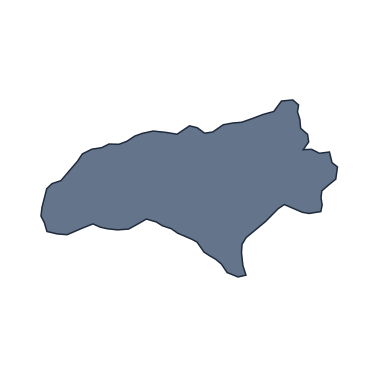 the district of Canitar, São Paulo, Brazil, rotated 51°
{"feature_id": "56859067B3303827607689", "entity_name": "Canitar", "entity_type": "district", "adm_level": 2, "iso_a3": "BRA", "parent_name": "Brazil", "parent_adm1": "São Paulo", "projection": "natural_earth1", "projection_center": [-49.789, -23.022], "detail": "fine", "context": "isolated", "style": "filled", "palette": "slate", "viewbox_px": 384, "rotation_deg": 51, "n_neighbors": 0, "source": "geoboundaries", "source_scale": "gbopen_adm2", "svg_char_len": 1138}
<svg xmlns="http://www.w3.org/2000/svg" viewBox="0 0 384 384"><g transform="rotate(51 192 192)"><path d="M247.4,60.0L242.1,68.6L234.1,72.2L229.1,78.9L226.5,69.8L219.9,65.9L210.9,67.5L203.3,62.4L196.1,59.6L191.5,54.4L183.9,55.7L177.6,65.2L180.9,77.8L176.6,87.6L172.3,100.5L169.0,109.6L164.1,116.8L159.4,125.4L158.4,138.2L154.2,145.2L145.3,147.5L139.0,152.3L137.7,167.2L129.3,174.7L120.2,183.8L115.2,193.6L112.5,201.4L111.6,210.7L108.9,218.8L102.5,226.3L100.7,234.3L95.7,242.9L93.4,253.2L96.1,261.8L98.0,272.4L100.7,286.7L97.4,295.5L98.0,302.8L109.5,318.2L115.6,324.5L122.8,326.0L131.4,329.6L139.9,323.0L146.6,315.9L150.9,300.5L154.5,289.0L161.5,285.5L167.0,281.2L174.6,273.7L180.9,264.6L182.9,253.5L184.3,244.5L192.8,238.6L199.5,236.3L207.7,231.1L214.9,229.1L228.4,222.0L234.1,219.6L246.3,220.5L253.3,218.2L258.9,216.0L266.4,214.5L276.7,215.4L287.0,209.7L290.6,202.4L281.3,198.8L270.4,191.8L264.2,186.1L261.5,178.7L261.2,153.4L259.2,135.7L259.8,128.2L277.1,119.1L282.4,114.5L288.3,104.2L284.0,99.0L277.7,95.4L272.8,90.4L272.5,81.6L272.5,72.2L264.1,63.2L257.3,64.7L247.4,60.0Z" fill="#64748b" stroke="#1e293b" stroke-width="1.5"/></g></svg>